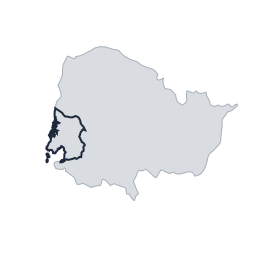 Kaôh Kong on a map of Cambodia (orthographic projection), rotated 29°
{"feature_id": "KHM-1779", "entity_name": "Kaôh Kong", "entity_type": "Province", "adm_level": 1, "iso_a3": "KHM", "parent_name": "Cambodia", "parent_adm1": "", "projection": "orthographic", "projection_center": [103.349, 11.344], "detail": "fine", "context": "in_parent", "style": "outline", "palette": "slate", "viewbox_px": 256, "rotation_deg": 29, "n_neighbors": 0, "source": "natural_earth", "source_scale": "10m", "svg_char_len": 7881}
<svg xmlns="http://www.w3.org/2000/svg" viewBox="0 0 256 256"><g transform="rotate(29 128 128)"><path d="M212.2,54.1L212.8,56.0L211.5,59.6L210.0,62.8L207.3,65.7L207.2,67.8L206.4,74.0L206.8,75.9L207.4,77.6L208.4,78.5L210.9,84.5L213.2,90.0L215.4,94.5L215.8,97.4L214.0,104.7L211.8,111.4L212.0,114.7L213.1,118.0L214.2,122.4L214.7,128.1L214.2,131.8L213.2,134.1L211.2,136.5L209.4,137.7L207.3,135.8L205.6,135.7L203.4,136.3L201.6,137.3L198.1,140.8L194.1,144.2L188.6,145.1L186.4,147.6L184.1,148.0L179.7,148.2L176.9,148.8L177.0,150.1L176.9,156.0L176.9,157.4L176.5,157.8L174.5,158.0L171.1,157.1L166.6,155.7L163.3,155.5L161.7,158.1L160.7,159.1L159.5,159.2L158.2,159.7L157.8,160.9L157.7,162.3L158.3,164.8L158.6,168.7L158.4,171.4L159.6,173.0L166.7,178.7L168.7,180.1L169.0,180.9L167.8,184.0L168.9,188.3L166.7,188.3L163.1,186.5L161.3,185.3L159.2,186.3L158.5,186.1L157.0,184.0L155.1,181.8L153.2,181.7L149.2,182.6L145.0,183.2L143.4,183.2L142.8,183.6L140.4,186.9L139.4,186.3L135.2,185.1L131.4,184.7L130.6,185.5L131.1,188.1L131.9,190.7L131.4,191.8L129.3,193.2L126.6,195.7L124.9,197.6L123.7,198.1L119.5,198.0L115.2,198.3L113.6,200.1L112.0,201.5L110.6,201.9L105.1,197.4L94.2,195.9L93.0,193.9L91.9,193.6L90.9,196.1L84.9,198.6L82.4,197.1L80.5,195.3L80.8,193.1L82.5,191.3L85.5,190.0L86.9,185.5L84.6,179.8L82.6,178.1L80.5,176.8L78.3,178.9L76.5,182.6L74.5,184.5L71.8,184.9L67.8,184.7L66.2,179.3L65.7,174.6L66.3,169.2L66.9,166.0L63.0,161.6L62.8,157.5L61.0,155.3L60.4,156.4L60.5,157.6L59.9,156.7L53.9,144.5L52.9,138.8L53.9,134.5L54.6,133.0L52.8,130.7L50.4,128.1L46.0,124.6L45.8,119.2L44.8,112.8L43.5,110.7L41.5,106.7L40.5,103.5L40.2,94.9L40.7,94.2L43.8,93.9L47.7,93.3L48.3,91.9L47.6,90.8L50.2,88.9L53.8,84.6L56.6,80.1L58.6,77.3L59.8,74.5L63.8,70.6L69.4,67.8L73.2,67.2L77.1,66.3L80.9,64.9L82.7,64.8L87.4,66.4L89.9,66.8L92.6,66.8L95.3,67.0L97.7,66.8L103.5,65.7L109.6,66.5L115.0,65.8L121.7,64.5L125.1,65.3L128.1,66.6L128.5,69.2L129.2,70.4L130.2,71.3L131.6,71.3L133.3,69.4L134.7,67.5L135.1,67.2L135.2,68.1L136.0,70.2L137.3,72.2L138.6,73.5L140.7,75.2L142.2,75.3L146.7,73.6L153.7,76.0L154.5,77.2L156.7,79.7L159.2,81.4L164.6,81.5L166.4,77.1L165.5,74.4L162.4,69.8L161.5,67.1L162.5,66.6L167.6,66.0L168.5,65.5L169.6,62.5L171.0,62.8L173.9,63.2L176.9,61.1L178.7,58.9L179.7,59.9L180.8,61.4L182.0,62.2L184.2,63.5L186.6,65.3L188.1,67.1L189.3,67.8L192.4,67.2L193.2,67.3L195.0,65.1L196.2,63.9L197.3,64.2L198.9,64.2L202.0,61.4L203.8,58.8L204.8,58.1L207.7,59.3L208.9,59.0L210.5,55.5L212.2,54.1ZM64.2,172.0L63.6,172.4L63.0,172.3L62.4,171.8L62.5,169.9L62.9,168.7L63.9,168.4L64.2,172.0ZM73.3,191.4L72.1,192.7L70.1,190.0L70.2,189.2L73.3,191.4Z" fill="#d9dde1" stroke="#a8b0b8" stroke-width="1"/><path d="M59.8,159.7L60.3,158.9L60.2,157.0L59.8,155.6L58.8,154.2L57.4,152.2L55.9,149.2L55.6,147.5L55.0,146.3L54.8,146.0L55.4,146.0L62.7,146.6L64.0,147.1L64.7,147.5L65.6,147.9L66.4,148.2L67.0,148.3L67.6,148.3L68.0,148.2L68.9,147.6L69.4,147.5L72.5,146.6L73.9,145.8L74.5,145.2L75.5,144.1L75.9,143.4L76.2,143.0L76.5,142.9L77.4,142.9L78.3,142.7L79.1,142.7L80.1,143.0L80.3,143.1L80.5,143.3L80.9,143.6L81.1,143.7L81.9,144.1L82.0,144.2L83.4,145.5L83.9,146.3L84.2,146.6L84.4,146.9L85.2,147.3L85.7,147.6L86.7,147.9L87.2,148.1L87.8,148.3L88.9,148.8L89.2,149.0L90.0,149.6L91.2,150.4L91.6,150.7L89.2,151.1L89.0,151.3L88.9,151.4L88.9,151.6L88.9,151.9L89.0,152.1L89.0,152.4L89.1,152.7L89.0,153.1L88.8,153.8L88.7,154.2L88.7,154.5L88.8,155.2L89.4,157.6L89.4,158.0L89.4,158.5L89.4,158.8L89.5,159.0L89.7,159.3L89.8,159.4L90.1,159.5L90.4,159.6L91.1,160.3L93.4,161.8L93.8,162.1L94.0,162.5L94.3,162.7L94.7,162.8L94.9,162.7L95.2,162.6L95.5,162.6L95.9,162.6L96.5,162.7L97.1,163.1L98.0,163.4L98.6,164.0L98.6,164.4L98.3,165.0L98.1,165.4L98.1,165.7L98.1,165.9L98.6,166.9L98.8,167.1L99.2,167.6L99.5,168.0L99.9,168.9L100.1,169.4L100.2,169.7L100.1,169.9L100.0,170.0L99.7,170.3L99.6,170.6L99.5,170.9L99.3,171.7L99.3,172.1L99.3,172.3L99.4,172.5L99.5,172.6L99.8,172.9L100.0,173.2L101.1,176.2L99.9,176.5L99.6,176.7L99.4,177.5L98.4,179.3L97.9,179.9L97.8,180.0L97.4,180.1L97.1,180.1L96.9,180.0L96.7,179.9L96.4,179.8L96.2,179.9L96.1,180.0L95.8,180.3L94.3,182.1L91.4,184.6L90.9,185.0L90.6,185.1L90.4,185.1L90.2,185.1L89.5,185.1L89.3,185.2L89.1,185.4L88.8,186.0L88.7,186.3L88.7,186.5L88.7,186.9L88.6,187.2L88.6,187.3L88.5,187.5L88.0,188.4L87.7,188.9L87.7,189.0L87.5,189.3L86.7,190.0L85.8,190.6L85.8,190.4L85.4,190.3L85.2,190.1L85.4,188.6L85.5,188.3L85.8,188.1L86.2,187.9L86.6,187.6L86.9,187.1L87.0,186.7L86.9,185.4L86.4,184.2L85.4,182.5L84.8,180.8L85.3,179.6L84.7,179.1L84.3,179.0L83.3,178.9L82.9,178.7L82.6,178.4L82.2,177.2L81.5,176.6L80.6,176.2L79.5,176.1L79.6,176.3L79.8,176.3L79.3,177.0L79.1,177.0L78.9,176.8L78.8,176.7L78.4,176.6L78.4,176.8L78.6,177.2L78.4,177.7L77.7,178.7L78.4,178.4L78.4,178.7L78.2,179.4L77.3,180.9L77.1,181.6L77.0,182.3L76.7,183.2L76.6,183.6L76.6,184.0L76.8,184.5L76.8,184.9L76.6,185.4L76.2,185.7L75.6,185.9L75.2,185.7L75.0,185.9L74.9,186.0L74.5,186.2L74.2,185.4L73.5,184.9L72.7,184.5L72.0,184.1L70.6,184.9L70.0,185.5L70.1,186.0L69.7,185.9L69.3,186.0L69.0,186.2L68.7,186.4L68.1,186.1L67.3,186.0L66.9,185.8L67.4,185.3L66.3,184.4L66.1,184.3L65.9,184.0L66.0,183.5L66.3,182.9L66.4,181.7L66.0,180.0L66.0,179.0L66.1,178.7L66.3,178.4L66.6,177.9L66.7,177.3L66.6,176.7L66.5,176.3L66.0,175.4L65.9,175.1L65.9,174.9L65.8,174.6L65.6,174.3L65.4,174.3L64.8,174.3L64.6,174.2L64.7,173.9L65.1,173.6L65.3,173.4L65.1,173.0L65.1,172.8L65.3,172.4L66.2,171.6L67.2,171.0L67.6,171.4L67.8,171.4L67.8,170.9L67.4,170.0L67.4,169.5L66.9,169.7L66.7,169.9L66.5,170.0L66.0,169.6L65.9,169.2L65.9,168.8L65.8,168.1L65.6,167.6L65.1,166.9L64.8,166.5L65.1,166.6L65.3,167.0L65.5,167.0L65.7,166.6L66.1,166.3L66.5,166.1L67.0,166.0L67.5,166.2L68.0,167.0L68.5,167.2L67.5,165.2L67.1,164.9L67.3,164.5L67.4,164.4L67.1,164.4L67.1,164.5L66.9,164.9L67.1,165.1L67.0,165.5L66.8,165.7L66.5,165.8L66.1,165.6L65.7,165.0L64.8,164.6L64.6,163.8L64.6,163.0L64.6,162.3L64.4,162.5L64.5,161.8L64.6,161.6L64.3,161.5L64.1,161.5L63.9,161.1L63.9,162.3L63.9,162.8L63.7,163.2L63.1,163.1L62.6,163.2L62.2,163.4L61.8,163.7L61.2,162.7L61.8,162.3L62.0,162.5L62.5,163.0L62.8,163.0L62.7,162.6L62.3,162.2L62.1,161.8L62.1,160.4L62.5,160.0L62.9,160.2L63.5,160.5L64.1,160.4L64.1,160.2L63.7,160.2L63.4,160.1L63.1,159.9L63.0,159.7L63.2,159.2L62.9,159.4L62.8,159.5L62.5,159.5L62.5,159.2L62.3,158.8L62.1,158.8L62.1,159.5L61.9,159.2L61.9,159.9L61.6,159.9L61.7,159.0L61.9,158.3L62.2,157.7L62.8,157.4L63.1,157.2L63.4,157.1L63.7,157.2L64.0,157.5L64.4,157.7L64.9,157.6L65.3,157.3L65.5,156.9L65.3,156.9L65.0,157.3L64.6,157.3L64.1,157.0L63.7,156.7L62.1,157.4L61.9,157.1L61.7,156.7L61.5,156.2L61.4,155.8L61.2,155.5L60.4,155.1L59.3,153.4L59.1,153.4L59.6,154.5L61.2,156.2L61.6,157.4L61.6,157.9L61.2,158.9L61.2,159.5L61.5,160.9L61.5,161.5L61.2,162.3L61.1,161.8L60.8,161.2L60.7,160.7L60.0,159.9L59.8,159.7ZM63.9,169.5L64.1,169.9L64.2,170.2L64.3,170.5L64.1,170.7L64.3,171.2L64.3,171.8L64.1,172.4L63.9,172.8L63.5,173.1L62.9,173.1L62.6,172.9L62.8,172.6L62.4,172.2L62.3,171.5L62.3,170.2L62.1,168.8L62.1,167.9L62.3,167.2L62.4,167.4L62.5,167.5L62.9,167.3L63.2,167.3L63.5,167.5L63.9,168.4L63.9,168.7L63.9,169.1L63.9,169.5ZM72.6,191.0L72.8,191.1L73.1,191.2L73.3,191.3L73.3,191.8L72.9,192.0L72.5,192.2L72.2,192.5L72.0,193.0L71.7,192.7L71.5,192.3L71.4,192.0L71.4,191.8L71.4,191.7L70.3,191.3L69.8,190.9L69.4,190.4L69.3,189.9L69.7,189.5L70.3,189.2L70.9,189.4L71.3,189.8L71.7,190.2L71.8,190.3L71.9,190.5L72.0,190.6L72.4,190.7L72.6,190.7L72.6,191.0ZM63.7,164.6L63.9,164.9L64.2,165.5L64.4,165.8L64.4,166.0L64.2,166.3L63.8,167.0L63.7,167.2L63.4,167.2L63.3,166.8L63.5,166.0L63.2,165.5L62.7,164.8L62.5,164.2L63.0,163.7L63.6,164.0L63.8,164.3L63.8,164.5L63.7,164.6L63.7,164.6ZM73.9,196.0L74.0,196.2L74.0,196.4L73.9,196.7L73.7,197.1L73.5,197.3L73.2,197.1L72.5,196.0L72.2,195.5L72.4,195.0L72.8,194.9L73.2,194.8L73.4,194.9L73.5,195.1L73.1,195.6L73.1,195.9L73.2,196.2L73.3,196.3L73.6,196.4L73.8,196.2L73.9,196.0Z" fill="none" stroke="#1e293b" stroke-width="2"/></g></svg>